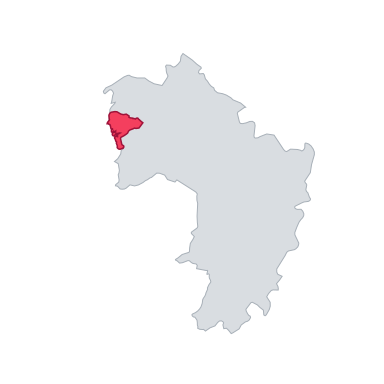 Guinea, with Boffa highlighted, rotated 33°
{"feature_id": "GIN-5628", "entity_name": "Boffa", "entity_type": "Prefecture", "adm_level": 1, "iso_a3": "GIN", "parent_name": "Guinea", "parent_adm1": "", "projection": "natural_earth1", "projection_center": [-14.034, 10.295], "detail": "fine", "context": "in_parent", "style": "filled", "palette": "rose", "viewbox_px": 384, "rotation_deg": 33, "n_neighbors": 0, "source": "natural_earth", "source_scale": "10m", "svg_char_len": 5654}
<svg xmlns="http://www.w3.org/2000/svg" viewBox="0 0 384 384"><g transform="rotate(33 192 192)"><path d="M229.9,251.5L227.2,251.1L226.0,251.7L222.5,256.5L220.3,258.4L217.0,257.8L215.8,258.2L214.9,257.6L216.1,255.0L217.8,249.7L222.2,244.4L222.3,243.3L220.5,240.2L218.6,236.0L218.6,231.4L218.2,228.1L214.3,227.2L213.6,226.7L213.5,225.6L215.7,219.9L215.9,218.8L215.6,217.7L213.2,214.8L209.4,209.5L203.0,198.5L200.6,196.2L198.3,192.8L197.5,190.7L195.1,189.9L172.7,190.1L172.3,192.9L164.7,194.9L159.9,192.7L154.6,193.9L152.1,195.4L150.1,201.8L149.0,203.2L147.9,206.1L146.8,207.7L145.7,210.8L143.2,215.3L140.5,218.2L136.1,219.8L134.7,224.6L133.7,226.3L131.9,227.7L130.1,228.6L126.4,227.7L124.4,228.5L124.0,227.4L125.2,223.6L124.3,221.6L120.7,217.7L120.4,215.9L119.3,213.4L114.7,208.4L110.4,208.7L111.6,204.5L111.5,198.9L110.1,195.9L110.4,192.7L109.6,192.9L108.2,195.1L105.9,194.4L101.2,191.1L98.8,187.8L98.5,185.1L98.0,184.0L96.6,184.6L93.6,184.6L84.6,179.7L78.2,167.4L78.1,164.6L79.0,159.8L78.8,158.5L75.9,161.7L75.3,159.6L73.1,154.6L72.4,151.8L70.3,150.6L68.5,150.3L67.2,151.3L65.5,157.0L64.1,157.0L62.8,155.8L63.1,151.5L66.5,146.1L72.3,132.5L74.4,129.4L75.7,128.3L78.4,128.2L83.8,126.3L90.3,122.1L95.3,122.4L101.2,121.9L108.9,119.0L109.0,109.9L108.7,107.8L106.0,106.0L104.4,104.4L103.0,102.4L101.4,101.0L101.4,99.5L104.8,97.5L108.0,97.5L109.0,96.8L109.8,95.5L110.7,92.2L111.0,88.7L108.9,84.1L109.0,80.8L120.3,81.2L126.5,82.2L131.6,82.4L132.4,83.2L131.7,86.4L132.4,88.3L134.1,88.8L136.9,86.5L138.4,87.0L141.6,89.8L144.5,90.6L147.8,92.1L150.8,92.9L153.5,92.8L155.5,94.4L159.3,94.9L164.1,92.9L168.0,92.0L173.3,91.8L176.2,92.4L184.3,90.9L190.8,91.7L189.8,92.8L186.9,100.1L187.2,101.4L193.8,107.6L195.3,108.1L197.1,107.2L199.9,104.4L202.1,101.3L204.3,99.8L206.8,99.9L208.8,102.0L213.4,111.2L214.6,112.4L215.7,112.3L217.8,110.6L218.8,108.6L223.1,102.6L229.8,99.6L245.7,106.5L248.0,107.0L249.4,106.5L251.3,102.4L257.3,98.9L260.2,97.9L261.8,97.8L262.4,96.7L262.7,95.0L262.4,93.3L260.5,90.2L260.4,89.3L261.5,88.7L263.8,88.2L266.7,88.5L270.1,89.9L272.8,91.8L274.3,94.1L277.3,103.8L280.7,111.4L280.6,121.6L282.1,122.6L283.8,123.0L284.5,123.8L286.2,128.0L287.7,129.2L289.5,129.5L293.0,132.2L295.2,133.3L295.5,134.1L295.4,135.2L294.6,136.6L291.3,139.4L289.7,141.8L286.3,147.6L286.2,148.6L286.9,149.4L288.3,149.6L289.8,149.2L292.9,147.1L295.4,147.8L297.7,149.4L298.6,151.1L298.8,153.3L298.3,156.1L298.2,159.2L299.1,164.6L300.3,170.0L301.6,171.9L309.4,176.7L310.2,178.4L310.6,180.4L310.0,183.2L309.2,184.7L305.0,188.9L304.3,190.9L304.7,194.6L305.0,210.4L306.7,213.0L308.8,214.3L313.5,213.6L313.4,218.0L312.8,222.9L315.5,224.4L316.9,225.9L317.7,227.3L313.4,229.9L312.1,231.4L311.5,235.5L311.7,239.2L317.6,241.9L319.8,245.1L320.8,248.4L321.2,254.6L320.7,256.0L319.2,256.0L316.2,252.2L311.7,251.8L308.3,251.1L302.7,251.6L301.7,252.7L301.1,261.0L302.4,262.4L305.1,263.9L306.9,264.6L308.4,264.4L309.5,265.4L309.7,268.1L309.0,270.1L307.5,271.9L305.7,276.7L306.1,281.1L302.9,288.0L302.0,289.4L297.8,288.0L295.1,287.5L293.1,289.3L290.3,286.6L289.8,284.5L288.8,284.0L287.0,284.0L285.3,285.2L284.6,287.4L284.2,291.8L281.1,296.1L279.0,301.3L276.5,300.9L275.9,301.5L273.3,302.9L271.0,303.2L270.4,301.8L269.0,300.7L267.5,298.5L265.9,296.7L262.6,295.4L261.3,296.0L259.8,295.8L258.8,295.1L258.9,294.0L260.6,291.3L261.6,288.7L262.1,286.0L262.1,283.4L261.2,279.7L259.7,276.7L259.4,275.0L259.5,272.6L259.2,270.4L258.7,269.2L258.0,264.9L257.2,264.1L256.7,260.7L256.8,257.2L255.5,255.9L253.6,254.9L252.4,253.5L251.7,252.0L251.0,251.6L250.4,251.7L249.8,252.6L249.2,252.8L248.0,249.5L247.5,249.4L246.7,250.1L237.6,253.8L236.4,250.7L234.7,250.1L231.7,251.4L229.9,251.5Z" fill="#d9dde1" stroke="#a8b0b8" stroke-width="1"/><path d="M110.4,191.8L110.3,191.7L110.2,192.2L110.1,193.0L110.0,193.4L109.6,193.7L108.9,194.8L108.5,195.1L108.3,195.4L107.1,195.9L106.2,195.8L105.6,195.7L105.1,195.5L104.9,195.2L104.7,194.7L104.2,194.0L103.6,193.4L103.1,193.1L102.1,192.4L101.9,192.1L101.5,191.1L101.2,191.0L100.6,190.9L100.3,190.8L100.0,190.6L99.3,189.8L98.8,189.5L98.4,189.4L98.1,189.3L97.5,188.8L97.4,187.8L98.0,186.6L98.9,185.9L99.8,186.7L99.5,186.2L99.1,185.5L98.6,185.0L98.4,185.1L98.1,185.7L97.6,185.4L97.2,185.0L97.3,184.7L98.0,184.4L98.6,183.5L99.6,181.7L99.1,181.9L98.7,182.3L98.0,183.2L97.6,183.5L96.7,184.0L96.4,184.2L96.4,184.7L96.4,186.5L96.3,187.0L96.1,187.4L95.6,187.7L95.0,187.8L94.2,187.5L93.6,186.9L93.3,186.1L93.3,185.3L93.9,184.6L94.7,183.9L95.2,183.2L94.8,182.5L94.6,183.1L94.2,183.4L93.7,183.6L93.1,183.6L93.2,184.5L92.6,185.2L91.8,185.5L91.4,185.1L91.3,184.9L91.0,184.5L90.8,184.1L90.7,183.5L90.8,183.2L91.0,182.9L91.2,182.7L91.0,182.4L90.8,182.3L90.7,182.3L90.5,182.5L90.4,182.6L90.1,183.3L89.3,182.8L87.2,180.6L86.9,180.4L86.4,180.2L85.9,180.3L85.4,180.4L84.9,180.5L84.4,180.2L83.7,181.0L83.4,180.6L83.3,179.6L83.3,178.7L83.5,177.4L83.5,176.9L83.4,176.3L83.2,176.1L82.9,175.9L80.8,173.3L80.4,172.4L80.3,171.6L80.3,170.5L80.5,169.6L80.8,169.1L82.1,167.9L83.5,166.6L85.4,165.6L89.9,165.4L92.3,164.5L94.5,162.5L97.8,162.5L98.5,163.7L100.0,163.4L102.1,162.3L102.4,162.6L102.5,162.6L102.7,162.3L102.9,162.2L103.3,162.0L103.5,161.9L104.8,161.6L105.1,160.4L105.4,160.3L105.7,160.1L105.9,159.8L106.2,159.6L106.6,159.6L107.5,160.0L107.8,160.1L108.5,160.0L108.9,160.1L109.2,160.3L113.1,160.7L112.7,167.2L111.0,168.7L110.4,169.2L108.9,169.8L108.1,171.2L106.2,173.7L105.6,175.4L105.9,177.7L105.1,180.0L104.1,182.2L102.8,184.5L102.7,184.7L102.6,185.0L102.7,185.5L102.8,185.8L103.0,186.1L103.1,186.3L107.1,190.2L107.3,190.3L107.5,190.4L107.9,190.5L109.2,190.5L109.5,190.5L109.8,190.7L110.1,191.1L110.4,191.7L110.4,191.8L110.4,191.8Z" fill="#f43f5e" stroke="#9f1239" stroke-width="1.5"/></g></svg>